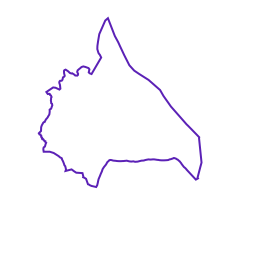 outline of Kwande, Benue, Nigeria, rotated 309°
{"feature_id": "59680162B2505789698133", "entity_name": "Kwande", "entity_type": "district", "adm_level": 2, "iso_a3": "NGA", "parent_name": "Nigeria", "parent_adm1": "Benue", "projection": "mercator", "projection_center": [9.368, 6.742], "detail": "fine", "context": "isolated", "style": "outline", "palette": "violet", "viewbox_px": 256, "rotation_deg": 309, "n_neighbors": 0, "source": "geoboundaries", "source_scale": "gbopen_adm2", "svg_char_len": 3014}
<svg xmlns="http://www.w3.org/2000/svg" viewBox="0 0 256 256"><g transform="rotate(309 128 128)"><path d="M200.7,43.3L197.2,42.7L182.9,46.6L176.5,50.2L172.5,52.6L170.0,54.5L168.2,57.1L167.5,58.3L167.2,60.0L165.9,62.8L147.0,65.7L146.4,63.8L146.5,62.5L149.3,61.1L149.7,59.6L148.6,56.4L147.7,54.5L146.1,53.5L144.2,53.2L143.0,52.9L141.1,52.6L139.6,53.2L138.7,55.1L137.7,55.7L136.8,55.6L135.6,54.0L135.7,52.7L135.4,50.2L134.7,49.7L134.2,48.1L134.4,45.7L134.1,42.8L133.0,42.2L132.1,42.3L130.4,43.8L128.7,46.0L127.7,46.1L126.4,45.6L124.3,46.7L123.0,46.7L121.9,45.5L120.9,45.5L119.9,46.1L118.6,48.1L116.0,50.7L114.7,50.5L113.7,46.4L112.4,44.3L104.6,41.9L104.3,42.8L103.9,44.3L104.2,44.6L104.9,45.0L105.2,45.8L105.1,46.1L104.8,46.3L104.6,46.7L104.7,47.2L104.8,47.7L104.2,48.6L104.0,49.1L103.6,49.1L103.2,49.2L102.7,49.5L101.8,50.2L101.0,50.6L100.2,51.5L99.4,52.3L98.9,52.8L99.0,53.7L98.0,54.9L97.6,55.0L96.5,55.4L96.0,55.6L94.6,56.1L94.0,55.8L93.1,55.6L92.8,55.6L91.9,56.5L90.6,57.4L89.1,58.3L88.8,58.4L86.3,58.7L85.8,58.9L84.4,58.9L82.9,58.8L82.2,59.0L80.3,59.4L80.2,59.1L78.8,58.8L76.7,59.2L75.9,59.3L74.0,60.0L70.9,62.3L67.8,62.0L67.3,63.3L67.8,64.1L67.5,64.4L67.5,64.9L67.2,65.3L67.3,65.6L67.0,65.9L66.5,66.1L66.4,66.2L66.4,66.6L66.4,67.1L65.9,67.4L65.8,67.6L66.1,67.9L65.9,68.5L65.4,68.7L65.5,69.0L65.9,69.4L65.6,70.3L65.2,71.5L65.7,72.1L65.0,73.0L65.0,73.7L63.8,74.0L62.5,74.6L61.3,75.1L59.9,74.7L59.3,74.9L58.3,75.5L57.4,76.4L56.5,77.4L60.3,82.1L61.8,85.9L61.9,86.6L62.5,91.8L62.4,93.6L62.8,95.4L62.7,95.8L62.2,96.2L61.2,98.5L60.0,100.6L59.0,102.1L58.8,103.3L56.8,105.9L55.3,106.5L60.3,110.2L60.4,111.8L60.4,112.9L60.7,115.9L61.7,117.3L64.3,121.0L62.2,123.8L61.5,124.1L61.9,125.5L62.1,127.4L59.1,132.3L59.5,133.3L59.5,134.2L60.0,136.1L62.1,140.4L64.1,140.1L64.3,140.0L65.8,139.3L66.6,138.9L68.1,138.1L69.8,137.3L73.0,136.4L75.2,135.7L75.6,135.6L77.9,135.0L79.9,134.2L82.4,133.9L83.6,133.9L85.9,133.9L87.3,133.6L87.6,133.6L88.7,133.4L89.9,133.7L91.0,133.7L91.9,134.2L92.7,135.4L93.3,136.9L94.4,138.6L94.7,139.0L95.5,140.4L97.2,142.7L98.8,144.5L99.5,145.3L101.8,147.6L102.9,150.0L104.0,151.7L105.5,153.2L106.0,154.4L106.3,154.9L108.0,156.7L109.1,157.5L110.3,158.4L111.4,159.3L112.6,160.7L114.0,161.6L115.1,162.5L116.5,163.7L117.4,165.1L118.5,166.3L119.4,167.2L119.9,167.9L120.2,168.3L121.1,169.8L121.6,170.7L122.2,171.5L123.0,173.0L124.2,174.7L125.6,176.4L126.4,177.3L127.7,178.7L128.4,179.4L129.6,180.0L129.8,180.1L130.7,180.9L131.6,181.4L132.4,182.0L133.3,182.3L133.8,182.9L134.1,183.8L134.4,184.6L134.4,185.5L134.7,186.4L134.6,188.1L134.6,189.3L134.3,190.4L134.1,191.5L133.8,192.2L132.9,195.9L132.9,197.7L132.6,199.7L132.5,199.8L130.6,213.2L132.9,214.1L133.2,213.3L142.9,208.9L147.4,206.9L164.7,189.7L165.6,189.2L166.0,186.1L167.5,173.5L167.7,171.1L168.4,167.2L171.7,147.8L173.0,143.3L174.0,139.7L175.2,135.5L177.7,129.0L178.3,113.7L178.0,111.2L177.0,102.5L176.5,96.7L177.6,89.6L182.2,79.3L186.7,70.0L188.5,66.4L191.1,60.1L191.3,59.7L196.4,50.8L200.7,43.3Z" fill="none" stroke="#5b21b6" stroke-width="2"/></g></svg>